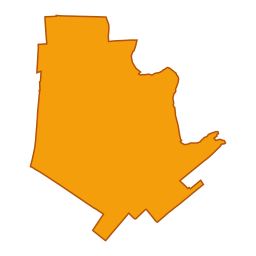 outline of Cernica, Ilfov, Romania
{"feature_id": "2599482B74723640056211", "entity_name": "Cernica", "entity_type": "district", "adm_level": 2, "iso_a3": "ROU", "parent_name": "Romania", "parent_adm1": "Ilfov", "projection": "orthographic", "projection_center": [26.299, 44.376], "detail": "fine", "context": "isolated", "style": "filled", "palette": "amber", "viewbox_px": 256, "rotation_deg": 0, "n_neighbors": 0, "source": "geoboundaries", "source_scale": "gbopen_adm2", "svg_char_len": 5465}
<svg xmlns="http://www.w3.org/2000/svg" viewBox="0 0 256 256"><path d="M225.1,143.3L225.3,143.2L225.6,142.9L225.0,142.1L224.5,140.9L224.3,140.6L223.8,140.4L222.6,140.4L222.2,140.2L221.8,140.0L220.8,139.5L219.8,139.4L218.8,139.6L217.8,139.8L216.8,140.1L215.9,140.5L215.7,140.2L214.0,138.2L214.6,137.8L216.9,136.1L216.6,135.1L217.2,134.4L218.2,133.9L218.5,133.0L217.8,131.6L216.3,131.7L215.1,131.9L213.2,132.6L211.7,133.1L209.8,133.8L208.6,134.4L208.0,135.0L207.6,135.6L206.9,136.5L206.4,136.8L205.8,137.0L204.4,137.4L204.1,137.6L203.7,138.1L203.0,138.9L202.3,139.5L201.9,139.7L201.2,140.5L200.2,141.6L199.7,142.1L197.8,142.7L196.7,143.0L195.6,143.0L192.3,143.0L190.8,143.0L190.7,143.0L187.2,144.3L186.2,144.4L184.9,144.5L184.4,144.5L183.8,144.3L183.6,144.2L182.5,143.5L181.4,142.9L180.7,142.2L180.3,141.6L181.6,140.6L180.4,138.9L180.3,138.0L180.1,137.0L179.9,136.1L179.7,135.4L179.4,133.4L179.2,132.5L178.9,130.5L178.5,128.0L178.2,126.1L177.7,123.9L177.1,121.7L176.4,118.9L175.5,115.5L175.4,114.7L175.4,113.5L175.2,111.7L174.9,109.0L174.7,107.6L174.4,107.7L173.2,105.0L173.5,104.2L173.6,103.4L173.7,103.0L173.7,102.6L173.3,100.8L173.2,100.1L173.0,99.5L172.9,98.2L173.1,96.8L173.5,95.3L173.7,94.8L174.0,93.8L174.2,93.6L174.6,93.1L175.2,92.5L175.4,92.1L175.6,91.6L175.8,90.8L175.7,90.2L175.6,89.3L175.7,88.6L176.3,87.5L177.3,84.6L177.8,83.4L178.4,80.6L178.6,79.3L178.3,77.5L177.8,76.4L177.1,75.4L176.9,75.2L176.6,75.1L176.3,74.0L176.2,73.4L174.3,71.9L172.5,70.4L170.9,69.2L169.5,68.1L169.0,67.9L168.3,67.7L167.5,67.5L167.3,67.5L166.7,67.9L165.0,69.0L164.9,69.3L164.0,69.8L163.7,69.8L163.4,69.8L163.1,70.0L162.7,70.3L162.6,70.5L162.4,70.8L161.9,71.2L161.0,71.6L160.4,71.9L160.4,72.0L159.9,72.3L159.5,72.5L158.9,72.6L157.7,72.9L156.5,73.0L155.9,73.2L154.9,73.4L154.4,73.6L153.7,74.1L152.9,74.7L152.2,74.9L151.7,75.0L151.2,74.9L150.6,74.8L150.4,74.8L150.1,74.7L149.8,74.4L149.5,74.3L148.9,74.2L148.1,74.2L147.1,74.3L146.4,74.4L146.1,74.7L145.1,74.7L143.8,74.6L143.2,74.6L142.5,74.6L142.1,74.7L141.0,74.9L140.7,75.0L139.9,74.7L139.3,74.5L138.8,74.1L138.6,74.0L139.3,73.2L140.1,72.3L140.5,72.0L140.4,71.9L138.0,69.9L136.9,69.1L136.0,68.3L135.6,67.6L134.0,65.3L133.7,64.5L133.4,64.1L132.7,63.0L132.4,62.3L132.2,61.5L132.1,61.1L131.9,59.8L131.3,56.2L131.3,55.9L131.7,54.7L132.9,51.4L133.2,51.2L133.8,50.9L134.1,50.7L134.4,49.6L134.9,48.1L135.0,48.0L135.0,47.8L135.6,46.0L135.8,45.2L135.9,44.8L136.4,42.6L137.0,40.1L129.7,40.1L127.2,40.3L114.4,40.9L108.6,41.5L108.4,37.6L108.2,37.2L108.8,30.7L108.9,27.1L108.8,25.4L108.5,24.0L106.0,17.0L103.8,17.0L98.6,16.8L86.4,16.5L81.2,16.4L77.4,16.3L70.5,16.1L61.9,15.9L59.9,15.8L56.2,15.4L56.2,15.5L56.2,16.0L56.2,16.3L52.0,16.5L48.4,16.7L48.0,16.7L47.2,16.7L46.4,16.7L45.0,16.8L45.0,18.1L45.0,18.4L45.3,23.6L45.4,25.3L45.8,30.8L46.1,34.9L46.4,39.1L46.8,43.9L44.0,44.0L41.9,44.2L38.2,44.4L38.2,45.5L38.4,47.0L38.2,50.4L38.0,52.5L37.9,55.5L37.6,60.4L37.3,65.8L37.2,66.5L37.1,68.8L36.9,72.2L36.9,72.8L38.6,72.2L40.4,71.5L41.1,71.3L41.1,71.6L41.1,71.9L41.0,72.8L40.9,74.7L40.8,75.6L40.7,77.8L40.5,80.5L40.4,81.4L40.0,81.8L39.6,81.9L39.7,84.2L39.8,85.3L39.8,86.6L40.0,90.2L39.2,90.4L39.2,90.7L39.6,90.6L39.6,90.8L39.4,93.7L39.0,97.4L39.0,97.8L38.6,102.0L38.2,106.2L38.2,106.3L37.9,109.4L37.8,109.6L37.5,114.4L37.4,117.2L37.4,117.4L37.1,120.5L37.1,121.4L36.8,125.3L36.7,127.4L36.6,127.6L36.3,131.6L36.1,134.1L36.1,134.9L35.9,136.5L35.7,139.7L35.4,142.2L34.8,147.3L34.2,150.5L33.6,153.3L33.2,155.1L32.1,160.0L31.4,162.7L30.5,166.2L30.4,166.6L32.5,167.4L35.6,169.6L37.4,170.5L40.0,172.0L41.2,172.8L42.9,173.9L43.1,174.0L48.5,177.5L55.5,182.1L59.3,184.6L62.1,186.5L64.9,188.4L69.2,191.3L71.3,192.7L75.7,195.7L82.1,200.0L84.4,201.6L87.8,203.9L90.0,205.4L92.6,207.1L94.4,208.4L94.8,208.3L103.5,214.1L102.6,215.5L101.4,217.2L100.2,219.1L98.9,221.0L96.9,224.0L96.3,224.9L95.9,225.5L92.7,230.4L101.1,237.2L105.5,240.6L106.0,240.1L106.4,239.7L107.4,238.5L107.7,238.1L108.2,237.6L109.1,236.5L110.5,234.8L111.6,233.4L113.9,230.8L116.1,228.2L119.3,224.4L120.8,222.7L122.6,220.5L123.8,219.1L124.0,218.9L124.1,218.7L124.4,218.4L124.7,218.0L124.9,217.8L125.6,217.0L127.0,215.3L128.7,213.2L131.7,216.1L133.5,217.9L134.5,218.7L135.0,218.8L135.4,218.9L135.8,218.8L136.1,218.5L136.7,218.0L137.0,217.7L137.3,217.4L137.5,217.2L137.8,216.9L138.0,216.7L138.4,216.3L140.3,214.5L141.4,213.4L142.4,212.5L142.7,212.1L143.1,211.8L143.4,211.5L143.8,211.1L144.1,210.8L144.3,210.6L144.7,210.2L145.4,209.7L145.7,209.4L145.9,209.4L146.2,209.4L146.6,209.8L149.0,212.7L152.2,216.6L154.8,219.9L156.3,221.7L157.1,222.0L157.3,222.1L157.5,222.1L160.3,219.7L164.3,216.3L167.0,213.9L167.0,213.7L167.8,213.1L168.7,212.4L169.3,212.0L170.3,211.2L172.0,209.9L174.8,207.6L177.3,205.7L178.2,205.0L178.6,204.7L179.2,204.2L179.6,203.9L180.2,203.4L180.5,203.2L180.9,202.9L182.8,201.3L184.9,199.6L185.9,198.7L187.1,197.8L188.9,196.3L190.3,195.1L192.3,193.5L194.2,191.9L195.9,190.5L197.7,189.0L199.6,187.5L203.4,184.5L200.7,180.3L190.4,188.8L189.3,187.6L189.0,187.5L188.8,187.7L187.8,188.4L187.7,188.3L187.2,187.9L186.0,186.6L184.9,185.6L184.0,184.7L182.4,183.2L180.7,181.6L180.1,181.1L179.8,180.8L180.1,180.6L181.2,179.6L182.1,178.9L183.4,177.8L184.8,176.7L189.9,172.5L191.2,171.4L194.0,169.2L196.5,167.1L199.2,164.9L201.8,162.8L203.6,161.3L204.8,160.3L205.5,159.9L208.0,157.9L211.4,154.9L212.0,154.4L216.5,149.9L219.7,146.8L220.5,146.0L220.7,145.9L220.8,145.0L221.1,144.7L221.5,144.3L221.9,144.1L224.0,143.9L224.7,143.6L225.1,143.3Z" fill="#f59e0b" stroke="#b45309" stroke-width="1.5"/></svg>